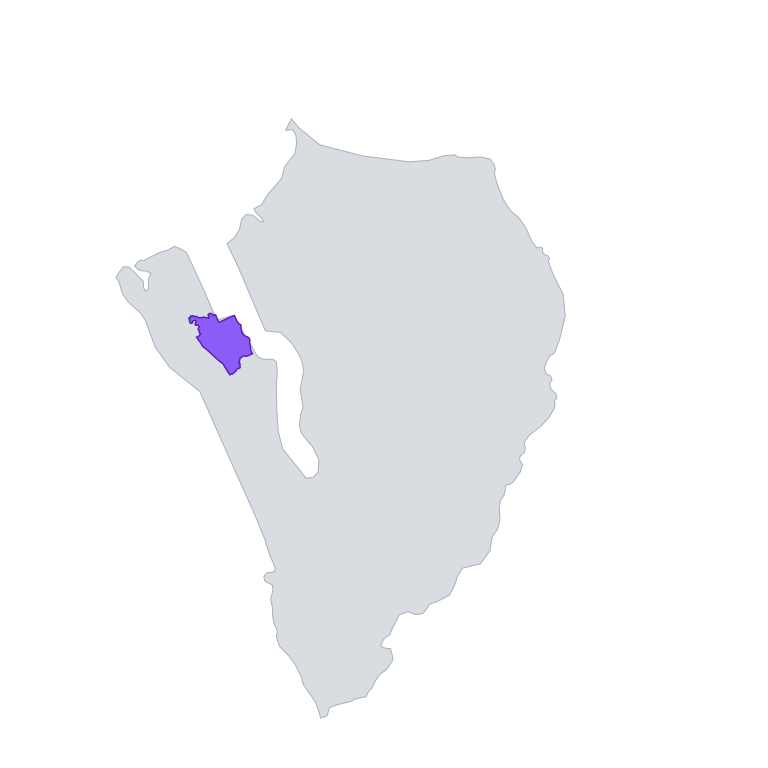 Bounkiling, Sédhiou, Senegal (highlighted), rotated 66°
{"feature_id": "50182788B68388966372963", "entity_name": "Bounkiling", "entity_type": "district", "adm_level": 2, "iso_a3": "SEN", "parent_name": "Senegal", "parent_adm1": "Sédhiou", "projection": "albers", "projection_center": [-15.653, 13.139], "detail": "fine", "context": "in_parent", "style": "filled", "palette": "violet", "viewbox_px": 768, "rotation_deg": 66, "n_neighbors": 0, "source": "geoboundaries", "source_scale": "gbopen_adm2", "svg_char_len": 8608}
<svg xmlns="http://www.w3.org/2000/svg" viewBox="0 0 768 768"><g transform="rotate(66 384 384)"><path d="M579.0,354.4L587.7,369.3L586.0,376.5L584.2,387.1L589.1,394.6L594.8,399.6L598.9,404.1L603.5,410.3L604.4,422.9L603.7,432.0L606.7,436.1L609.2,441.2L608.8,445.5L607.2,449.4L601.8,454.5L601.1,464.0L610.1,475.2L615.8,481.4L615.8,484.9L617.5,488.8L621.7,493.3L624.3,492.2L627.1,488.4L628.3,485.8L635.9,486.9L639.5,488.0L644.5,495.3L646.4,500.3L647.7,506.5L652.9,514.2L657.4,519.6L658.4,523.0L662.4,527.6L660.1,537.9L660.5,543.2L658.0,557.0L657.5,563.6L657.8,566.0L663.9,570.8L663.4,577.8L657.2,576.7L646.5,576.0L625.2,580.0L617.8,578.6L603.8,579.3L593.8,581.5L581.2,586.2L571.3,585.2L565.9,581.7L558.9,582.0L551.0,580.2L542.6,576.8L534.8,575.2L526.5,568.9L522.6,567.8L519.9,569.5L517.6,571.6L515.2,573.0L510.7,571.9L509.0,567.6L510.3,563.4L510.7,560.2L508.6,558.5L503.5,558.0L495.4,558.0L482.2,556.9L479.2,556.1L449.7,555.2L419.1,555.3L393.1,555.4L360.4,555.4L337.4,555.3L315.9,555.3L299.4,563.8L281.4,573.1L257.3,578.0L229.5,576.1L220.6,577.4L211.4,581.5L204.6,584.4L195.0,586.2L182.7,584.6L177.6,585.5L174.5,581.3L171.0,574.5L173.3,569.5L180.8,566.4L192.2,562.2L198.1,564.4L201.6,564.5L202.3,561.8L201.2,560.4L192.6,556.7L188.2,551.9L184.5,554.7L181.3,560.6L178.7,562.3L174.8,564.0L172.6,559.9L171.7,556.0L173.5,553.0L172.6,536.1L173.7,527.1L173.2,519.2L178.6,514.1L183.7,510.9L203.5,510.6L221.9,510.4L239.7,510.6L257.8,510.8L259.6,495.1L265.3,493.8L273.9,492.2L289.8,490.3L307.6,488.4L311.4,485.3L314.3,480.1L316.2,475.4L319.9,473.4L324.8,475.0L331.4,477.4L338.1,481.2L345.9,484.7L351.1,486.9L363.5,492.4L384.7,500.0L402.2,503.0L423.2,497.3L438.4,493.5L440.3,486.7L437.9,480.1L426.5,474.2L411.1,474.9L406.4,476.6L399.2,478.6L394.9,479.5L387.6,478.1L378.4,472.9L372.6,467.7L364.4,465.2L354.8,462.8L339.4,452.0L331.3,450.1L323.7,449.5L309.1,451.7L294.8,457.5L287.3,470.7L273.0,470.5L242.6,470.0L214.7,469.6L191.7,470.4L189.4,460.9L184.0,453.2L175.2,446.7L173.2,440.7L176.3,435.4L184.8,431.1L186.8,428.1L182.3,428.5L175.5,431.2L171.0,431.4L170.5,423.1L163.1,412.3L154.7,394.0L145.2,386.5L137.3,371.8L128.9,366.1L121.3,363.4L114.7,363.9L112.2,370.6L104.1,360.8L115.3,357.5L139.3,345.5L166.9,310.9L191.7,269.9L194.9,260.2L197.9,252.8L199.9,236.1L203.5,226.0L206.8,224.2L211.0,216.5L216.0,203.1L221.7,195.6L228.0,194.2L233.0,194.8L236.5,197.6L246.8,199.3L263.9,200.0L277.2,198.0L286.5,193.3L298.8,190.9L314.0,190.9L322.0,188.9L322.7,185.0L324.7,183.9L327.9,185.4L330.9,184.8L333.7,182.0L336.5,181.8L339.3,184.2L352.0,184.9L374.7,183.8L395.7,190.8L415.0,205.7L425.0,215.7L425.6,220.7L428.9,225.8L434.7,230.9L439.9,231.8L444.7,228.5L448.4,228.8L451.2,232.7L456.7,233.5L462.8,231.0L467.2,231.8L468.0,234.1L469.0,235.4L472.0,235.9L476.0,238.8L481.6,246.8L486.3,257.9L489.9,272.2L494.6,279.9L500.4,281.1L503.8,284.1L504.5,287.5L506.2,289.8L509.0,291.0L513.9,290.2L519.6,295.0L525.9,305.4L526.9,310.1L526.0,312.7L526.4,314.6L530.5,316.3L534.4,319.7L537.6,324.8L544.5,329.3L555.0,333.2L562.6,339.1L567.4,347.1L577.0,353.7L579.0,354.4Z" fill="#d9dde1" stroke="#a8b0b8" stroke-width="1"/><path d="M244.7,536.1L245.1,535.8L245.3,535.7L245.9,535.3L246.1,535.4L246.5,535.4L246.7,535.7L247.2,536.0L247.6,536.1L248.4,536.3L248.9,536.2L249.2,536.1L249.6,536.1L250.0,535.8L250.3,535.2L250.4,534.7L250.2,534.3L249.6,533.9L249.0,533.3L248.9,533.1L248.8,532.8L248.6,532.5L248.6,531.7L248.8,531.2L249.2,530.7L249.5,530.4L250.0,530.4L250.5,530.6L251.1,530.8L251.3,531.0L251.6,531.4L252.2,531.9L252.4,532.0L253.2,532.3L253.5,532.3L253.5,532.2L253.9,531.9L254.0,531.7L253.9,531.5L254.0,531.0L254.2,530.4L254.3,530.3L254.5,530.1L254.9,530.0L255.3,529.7L256.2,529.3L256.4,529.3L256.8,529.5L257.2,530.4L257.6,531.0L257.9,531.3L258.2,531.5L258.4,531.5L259.3,531.4L259.5,531.3L259.8,531.3L260.1,531.1L260.4,531.2L260.6,531.1L260.8,531.2L261.0,531.3L261.0,531.5L261.4,531.7L261.5,531.8L261.9,531.9L262.0,531.8L262.4,531.7L262.8,531.5L263.0,531.3L263.1,531.2L263.3,531.0L263.5,531.1L263.8,531.5L263.9,531.8L264.0,531.9L264.0,532.1L264.4,532.6L264.5,532.9L264.6,533.1L264.8,533.4L264.9,533.9L265.1,534.1L265.0,534.5L265.3,534.9L265.3,535.1L265.1,535.6L265.0,536.2L265.6,536.1L266.0,536.0L266.9,535.8L267.3,535.8L269.0,535.4L269.3,535.3L269.9,535.2L270.6,535.0L272.1,534.8L272.9,534.7L273.7,534.6L274.8,534.5L275.9,534.4L276.3,534.2L277.1,533.7L277.6,533.5L280.3,532.0L281.4,531.6L282.3,531.1L284.5,530.1L286.0,529.6L286.9,529.1L287.7,528.8L288.4,528.5L289.6,528.0L292.2,526.9L294.7,525.7L295.0,525.6L295.6,525.4L297.6,524.2L298.0,524.1L298.4,523.7L298.5,523.7L298.9,523.5L299.2,523.3L299.4,523.2L299.6,523.1L299.9,523.0L300.1,522.9L300.5,522.8L301.1,522.7L302.4,522.6L302.7,522.5L303.1,522.5L303.3,522.4L304.3,522.4L304.6,522.3L305.1,522.3L305.6,522.1L305.9,522.2L306.1,522.1L306.4,522.0L306.8,522.1L307.3,522.0L307.5,521.9L307.9,521.9L308.1,521.9L308.6,521.8L308.9,521.8L309.0,521.7L309.3,521.7L309.5,521.8L310.3,521.5L310.5,521.5L311.1,521.3L311.3,521.3L311.5,521.2L312.3,521.1L312.5,521.0L312.9,521.0L312.8,520.7L312.8,519.7L312.9,519.1L313.2,518.3L313.2,517.9L313.1,517.6L312.9,517.4L312.8,516.9L312.6,516.4L312.6,516.1L312.3,515.2L312.2,514.9L312.0,514.4L311.9,513.9L311.5,513.4L311.0,512.9L310.9,512.6L310.8,512.4L310.5,511.6L310.6,511.1L310.6,510.9L310.6,510.5L310.7,510.4L310.7,510.1L310.7,509.8L310.7,509.6L310.6,509.4L310.6,509.0L310.5,508.8L310.3,508.8L309.8,508.5L309.6,508.4L309.1,508.3L308.8,508.1L308.1,507.9L307.9,507.9L307.8,507.7L306.9,507.4L306.6,507.3L306.3,507.5L306.2,507.9L306.1,508.2L305.8,508.0L305.7,507.9L305.6,507.7L305.3,507.3L305.1,507.3L304.7,507.1L304.4,506.9L304.3,506.7L303.9,506.6L303.6,506.4L303.4,506.3L303.3,506.1L303.2,506.1L302.9,505.9L302.8,505.7L302.3,505.1L301.9,504.9L301.8,504.7L301.6,504.3L301.6,504.1L301.6,503.1L301.5,502.7L301.4,502.1L301.4,501.5L301.3,501.3L301.4,500.9L301.4,500.5L301.5,500.2L301.6,499.9L301.8,499.6L302.0,499.5L302.2,499.1L302.4,498.9L302.5,498.6L302.7,498.3L302.9,497.9L302.8,496.9L302.9,496.7L302.8,496.3L302.8,495.2L302.8,494.2L302.8,493.6L302.8,492.9L302.8,492.3L302.8,491.8L300.9,492.0L299.9,492.0L299.1,492.2L298.3,491.8L297.8,491.6L293.8,490.4L293.4,490.4L293.2,490.4L292.8,490.3L292.5,490.2L291.8,489.9L291.0,489.5L290.8,489.4L290.6,489.4L290.1,489.2L289.9,489.0L289.2,488.8L289.0,488.7L288.7,488.5L288.3,488.5L288.2,488.5L287.7,488.6L287.4,488.6L286.9,488.6L286.2,489.1L285.7,489.4L285.6,489.6L285.3,489.8L285.1,490.0L284.9,490.1L284.6,490.5L283.5,491.5L283.2,491.7L283.0,491.9L282.7,492.0L282.4,492.1L282.1,492.3L280.7,492.7L279.6,492.7L279.2,492.7L278.6,492.6L278.2,492.7L277.9,492.6L277.3,492.5L276.9,492.4L276.4,492.3L276.2,492.2L275.8,492.2L275.4,492.0L274.7,491.8L274.4,491.6L273.9,491.5L273.2,491.3L272.8,491.2L272.6,491.1L272.2,491.0L272.0,490.9L271.8,490.7L271.5,490.8L271.3,491.0L271.2,491.1L270.8,491.3L270.3,491.7L269.6,492.0L268.8,492.4L268.0,492.6L267.8,492.6L267.0,492.7L266.4,492.7L266.0,492.7L265.5,492.7L265.4,492.7L264.6,492.7L264.3,492.8L263.8,492.8L263.4,492.8L262.9,492.8L262.0,492.8L261.6,492.9L261.3,492.8L260.9,492.8L260.7,492.8L260.5,493.0L260.4,493.6L260.5,494.0L260.4,495.0L260.5,495.4L260.5,497.2L260.4,497.8L260.4,500.2L260.5,502.3L260.5,503.0L260.6,505.0L260.5,505.8L260.6,507.4L260.6,509.8L260.1,509.8L259.4,509.8L256.9,509.8L252.3,509.7L252.3,510.0L252.2,510.2L252.2,510.3L252.2,510.5L252.1,511.1L252.1,511.4L252.1,511.8L252.0,512.0L251.9,511.8L251.6,511.8L251.4,511.7L251.0,512.0L250.9,512.1L250.2,512.5L249.9,512.9L249.4,513.2L249.3,513.5L249.1,513.6L249.0,513.8L248.8,514.0L248.6,514.5L248.6,514.9L248.6,515.1L248.7,515.3L249.0,516.1L249.2,516.5L249.5,516.6L249.9,516.5L250.1,516.7L250.5,516.4L250.6,516.5L250.9,516.4L251.3,516.6L251.5,516.6L251.7,516.9L252.2,517.0L252.4,517.2L252.0,517.3L251.9,517.4L251.8,517.8L251.9,518.2L251.7,518.7L251.6,518.9L251.3,519.1L251.0,519.6L250.8,519.7L250.7,519.9L250.5,520.0L250.4,520.3L250.0,520.9L249.9,521.0L249.7,521.4L249.7,521.5L249.5,521.8L249.4,522.3L249.5,522.4L249.4,523.0L249.3,523.4L249.3,523.6L249.3,523.8L249.1,523.9L249.0,524.3L248.8,524.5L248.7,524.7L248.7,525.0L248.6,525.3L248.2,525.8L247.8,526.7L247.5,526.9L247.4,527.0L247.2,527.2L247.1,527.3L246.9,527.4L246.6,527.5L246.2,527.4L246.1,527.5L246.0,527.8L245.9,528.0L245.8,528.3L245.7,528.6L245.6,528.9L245.7,529.3L245.6,529.5L245.2,530.0L244.9,530.1L244.7,530.1L244.3,530.2L244.2,530.4L244.0,530.7L243.9,530.9L243.8,531.1L244.0,531.6L243.9,532.3L243.4,532.5L243.3,532.8L243.2,533.0L243.4,533.1L243.8,533.0L244.1,533.3L244.3,533.7L244.3,533.9L244.5,534.3L244.5,534.5L244.4,534.7L244.2,534.8L244.2,535.0L244.5,534.9L245.0,535.1L245.0,535.4L245.0,535.7L244.7,536.1Z" fill="#8b5cf6" stroke="#5b21b6" stroke-width="1.5"/></g></svg>